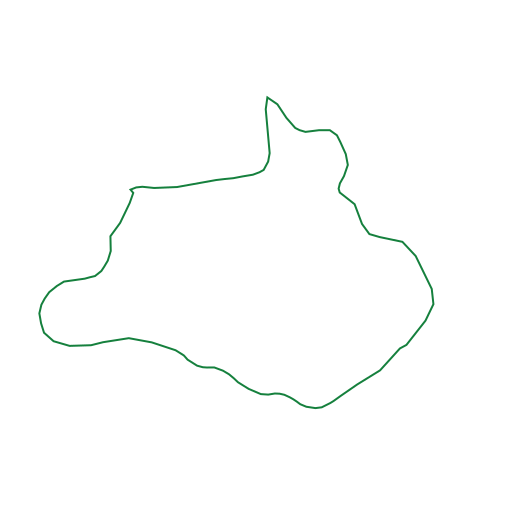 San Miguel Sigüila, Quezaltenango, Guatemala (Mercator projection), rotated 201°
{"feature_id": "79465075B47659250151681", "entity_name": "San Miguel Sigüila", "entity_type": "district", "adm_level": 2, "iso_a3": "GTM", "parent_name": "Guatemala", "parent_adm1": "Quezaltenango", "projection": "mercator", "projection_center": [-91.6, 14.9], "detail": "fine", "context": "isolated", "style": "outline", "palette": "green", "viewbox_px": 512, "rotation_deg": 201, "n_neighbors": 0, "source": "geoboundaries", "source_scale": "gbopen_adm2", "svg_char_len": 1324}
<svg xmlns="http://www.w3.org/2000/svg" viewBox="0 0 512 512"><g transform="rotate(201 256 256)"><path d="M134.0,145.3L131.7,148.3L126.5,156.2L115.5,172.3L99.2,193.7L88.5,221.3L83.7,226.9L74.6,256.4L73.1,274.6L80.1,288.2L106.9,313.2L124.4,321.7L147.3,318.0L158.0,317.1L168.5,323.9L182.5,339.7L200.6,345.3L203.0,348.5L203.7,353.9L202.5,362.1L202.9,373.9L208.7,383.3L218.2,392.7L223.7,397.7L232.1,399.9L242.3,396.0L254.3,389.6L260.4,389.1L265.3,389.6L277.2,395.9L290.4,405.3L302.2,408.1L299.5,396.5L280.1,356.9L278.5,348.5L279.7,339.1L282.7,335.5L288.0,330.8L297.2,325.4L305.1,320.5L313.1,316.5L320.5,312.6L354.4,292.1L375.5,283.0L386.9,279.9L392.4,277.1L396.9,273.0L393.2,270.9L392.9,260.3L394.7,238.2L399.0,222.3L393.4,208.6L392.7,198.6L393.9,191.6L395.0,186.6L399.1,179.6L403.5,176.6L407.7,173.5L426.1,163.3L431.2,156.6L436.1,148.1L438.0,140.6L438.9,133.6L437.7,124.8L432.5,116.1L426.4,108.4L414.4,103.9L397.8,105.3L378.0,113.6L367.9,120.7L345.3,133.7L322.4,138.0L297.3,139.2L287.7,137.3L282.7,134.7L271.7,132.5L265.8,133.1L261.9,134.3L255.0,137.0L245.8,137.1L238.8,135.9L232.9,133.9L227.6,131.7L215.2,129.3L202.0,128.8L194.9,131.0L189.1,134.4L184.6,135.9L179.8,136.6L173.8,136.2L169.8,135.6L165.8,134.7L161.6,133.5L155.0,133.3L146.0,135.3L140.4,138.3L134.0,145.3Z" fill="none" stroke="#15803d" stroke-width="2"/></g></svg>